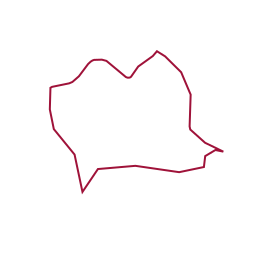 the border of Bexley, rotated 47°
{"feature_id": "GBR-2061", "entity_name": "Bexley", "entity_type": "London Borough", "adm_level": 1, "iso_a3": "GBR", "parent_name": "United Kingdom", "parent_adm1": "", "projection": "equal_earth", "projection_center": [0.138, 51.452], "detail": "fine", "context": "isolated", "style": "outline", "palette": "rose", "viewbox_px": 256, "rotation_deg": 47, "n_neighbors": 0, "source": "natural_earth", "source_scale": "10m", "svg_char_len": 579}
<svg xmlns="http://www.w3.org/2000/svg" viewBox="0 0 256 256"><g transform="rotate(47 128 128)"><path d="M143.5,58.4L146.3,59.4L168.9,81.9L171.6,83.5L191.4,81.7L210.3,74.4L203.7,79.1L201.2,90.7L208.3,99.1L195.2,120.7L160.7,148.4L137.5,178.0L143.7,204.9L111.0,185.2L78.2,183.0L61.1,172.5L45.7,157.3L46.1,155.5L55.2,140.6L56.4,137.3L56.7,128.7L54.0,113.5L54.0,110.1L54.4,107.9L55.1,106.3L60.2,100.5L64.2,98.0L89.3,94.8L90.9,94.0L91.9,92.9L92.4,92.1L92.6,90.9L90.0,78.6L92.3,60.8L91.6,54.5L100.9,52.0L123.5,51.1L143.5,58.4Z" fill="none" stroke="#9f1239" stroke-width="2"/></g></svg>